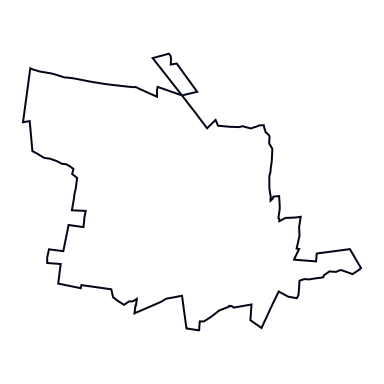 Chicxulub Pueblo, Yucatán, Mexico
{"feature_id": "50627088B2024609672342", "entity_name": "Chicxulub Pueblo", "entity_type": "district", "adm_level": 2, "iso_a3": "MEX", "parent_name": "Mexico", "parent_adm1": "Yucatán", "projection": "mercator", "projection_center": [-89.518, 21.153], "detail": "fine", "context": "isolated", "style": "outline", "palette": "ink", "viewbox_px": 384, "rotation_deg": 0, "n_neighbors": 0, "source": "geoboundaries", "source_scale": "gbopen_adm2", "svg_char_len": 2598}
<svg xmlns="http://www.w3.org/2000/svg" viewBox="0 0 384 384"><path d="M349.9,249.1L338.9,250.6L316.7,253.5L316.1,261.4L294.4,259.7L294.0,259.6L299.1,249.0L296.6,248.6L299.5,236.0L299.1,227.1L300.7,216.8L295.5,217.5L289.6,217.8L285.6,217.9L285.4,218.0L279.3,221.2L279.3,220.8L279.3,220.5L279.3,220.2L279.2,218.7L278.4,218.1L279.7,209.2L279.7,205.5L279.1,196.1L273.3,196.6L272.7,198.6L270.6,200.7L270.5,198.3L270.8,197.3L269.4,188.6L269.3,176.3L270.5,171.7L270.7,168.4L271.6,162.3L271.8,160.3L272.3,150.4L272.2,148.6L271.8,147.9L270.4,145.5L269.6,144.3L269.2,143.4L269.3,142.5L269.2,140.6L269.6,137.7L269.4,136.2L269.0,135.4L267.7,133.9L265.7,132.3L265.3,131.0L264.6,128.6L264.4,128.6L264.2,127.2L263.9,126.3L263.7,125.2L259.4,125.4L255.6,126.9L253.9,127.3L252.4,128.0L250.6,128.4L242.5,126.2L239.0,127.1L229.9,126.8L218.0,125.7L215.6,119.9L207.1,128.3L195.2,112.5L188.1,103.4L182.0,95.4L197.2,91.8L194.5,88.1L189.3,80.9L183.6,73.1L176.7,63.5L170.8,64.6L171.0,58.1L170.6,56.1L168.9,53.7L152.7,58.1L181.6,94.9L181.1,95.1L157.6,86.9L157.0,90.4L157.0,96.7L156.1,96.3L144.1,91.0L143.2,90.4L141.2,89.7L138.8,88.6L137.4,87.7L136.7,87.5L135.4,87.0L133.7,87.2L132.8,87.1L132.7,87.1L127.5,86.6L122.9,86.1L116.3,85.3L115.9,85.3L115.7,85.3L108.8,84.5L101.1,83.4L90.8,81.7L73.4,78.3L66.9,77.5L65.4,77.6L64.4,77.4L55.3,74.5L51.1,73.4L39.7,71.5L32.1,69.2L30.3,68.3L23.0,122.2L29.7,121.1L32.4,151.1L36.6,153.3L44.2,157.9L50.1,158.7L56.5,161.0L62.2,163.9L66.0,164.2L70.1,166.4L71.6,167.7L73.4,168.7L72.2,174.1L77.1,177.9L75.9,187.7L74.3,194.9L74.0,198.2L71.9,210.3L85.7,210.9L84.5,217.0L84.2,220.2L83.5,227.1L68.6,225.0L63.3,251.2L49.0,249.3L47.2,257.5L47.2,263.0L60.7,264.0L58.2,283.6L80.8,288.2L81.4,285.1L111.3,289.3L112.1,293.0L113.1,297.3L118.3,301.2L124.1,304.8L128.8,301.5L132.9,301.3L136.8,298.9L136.0,305.3L135.5,305.4L134.5,313.3L140.1,310.9L140.6,310.7L147.3,307.8L149.0,307.1L159.9,302.3L162.1,301.2L166.2,298.7L174.6,297.2L180.0,296.1L182.0,295.8L186.4,328.0L186.8,328.1L186.9,328.6L187.3,328.6L198.8,330.3L199.0,330.3L199.2,330.1L199.2,329.1L199.3,328.1L199.3,327.1L199.4,326.1L199.6,323.4L199.8,321.4L204.0,321.4L211.6,316.5L211.7,316.4L219.2,310.5L229.6,306.4L229.5,305.9L231.6,306.0L233.7,307.6L251.5,304.5L250.4,320.2L256.3,324.3L261.5,328.0L272.7,303.9L278.7,291.5L288.3,296.7L296.9,298.2L298.5,294.8L299.0,288.9L299.5,280.7L304.2,279.1L306.3,279.2L309.2,279.4L314.5,278.5L321.9,277.5L323.2,277.3L323.9,275.3L329.5,271.4L332.9,271.7L336.1,271.9L338.8,270.6L341.2,270.1L341.9,270.3L346.9,272.1L352.5,274.1L359.0,269.9L361.0,268.1L349.9,249.1Z" fill="none" stroke="#020617" stroke-width="2"/></svg>